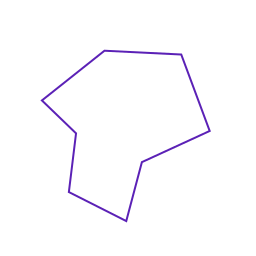 Akhangaran city, Tashkent, Uzbekistan (Albers equal-area conic projection), rotated 328°
{"feature_id": "79887680B16924900870232", "entity_name": "Akhangaran city", "entity_type": "district", "adm_level": 2, "iso_a3": "UZB", "parent_name": "Uzbekistan", "parent_adm1": "Tashkent", "projection": "albers", "projection_center": [69.611, 40.88], "detail": "fine", "context": "isolated", "style": "outline", "palette": "violet", "viewbox_px": 256, "rotation_deg": 328, "n_neighbors": 0, "source": "geoboundaries", "source_scale": "gbopen_adm2", "svg_char_len": 266}
<svg xmlns="http://www.w3.org/2000/svg" viewBox="0 0 256 256"><g transform="rotate(328 128 128)"><path d="M212.1,93.9L149.0,50.0L69.6,59.0L81.1,105.0L43.9,151.0L77.2,206.0L121.7,164.3L195.7,173.8L212.1,93.9Z" fill="none" stroke="#5b21b6" stroke-width="2"/></g></svg>